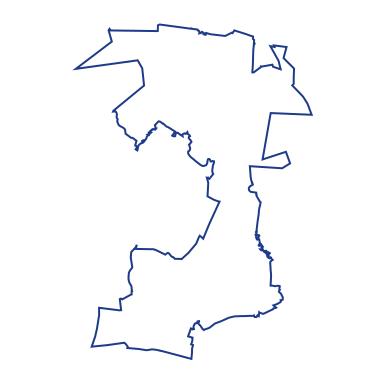 outline of Puente de Ixtla, Morelos, Mexico, rotated 181°
{"feature_id": "50627088B15428140679131", "entity_name": "Puente de Ixtla", "entity_type": "district", "adm_level": 2, "iso_a3": "MEX", "parent_name": "Mexico", "parent_adm1": "Morelos", "projection": "albers", "projection_center": [-99.286, 18.588], "detail": "fine", "context": "isolated", "style": "outline", "palette": "blue", "viewbox_px": 384, "rotation_deg": 181, "n_neighbors": 0, "source": "geoboundaries", "source_scale": "gbopen_adm2", "svg_char_len": 6007}
<svg xmlns="http://www.w3.org/2000/svg" viewBox="0 0 384 384"><g transform="rotate(181 192 192)"><path d="M277.3,353.7L278.2,352.2L274.8,341.0L310.3,313.1L248.6,322.7L243.9,314.8L241.8,297.6L271.9,272.0L272.3,271.0L269.9,271.3L268.8,269.7L268.4,268.1L268.7,266.2L268.5,264.7L267.6,263.6L268.0,261.4L266.7,258.1L265.5,256.9L261.5,254.8L260.2,253.5L259.9,252.4L259.4,249.1L253.8,245.1L252.3,245.1L248.4,242.2L249.6,237.5L248.5,237.1L248.2,236.6L248.0,235.7L248.5,234.5L249.1,233.7L247.4,232.6L247.2,233.0L246.6,236.9L245.8,238.2L244.5,239.4L242.3,240.3L242.9,242.0L242.2,242.6L241.6,242.8L241.7,241.1L241.6,240.9L241.0,241.3L238.6,244.7L238.3,246.1L237.4,247.7L237.3,248.3L237.5,248.5L237.0,248.6L237.0,248.3L236.4,247.9L236.1,248.0L235.7,248.8L235.9,248.8L236.0,249.1L236.1,250.2L236.3,250.3L236.3,250.7L235.6,250.8L235.0,250.5L234.8,250.1L234.6,250.2L233.9,250.8L235.2,251.5L234.4,252.7L233.3,253.0L233.3,253.6L232.5,254.1L232.4,254.0L231.5,254.2L231.2,253.9L230.8,254.1L230.0,253.7L229.4,254.2L228.9,255.0L229.8,255.1L229.8,256.3L229.7,256.6L230.3,258.1L229.9,258.3L229.3,259.3L226.6,262.1L224.7,261.6L222.8,260.0L222.2,259.7L222.0,259.9L218.6,257.0L216.6,256.2L209.9,252.1L212.8,248.0L212.6,247.8L211.1,247.5L209.9,247.0L209.9,246.7L209.5,249.7L208.4,250.8L207.6,251.0L207.1,250.9L205.1,249.3L202.4,247.7L202.8,249.2L200.6,250.5L199.3,250.0L197.7,251.8L197.2,250.0L195.2,248.4L195.0,247.8L195.7,247.6L196.0,247.2L196.2,245.8L195.2,244.6L194.5,244.0L193.4,242.2L193.5,241.9L194.5,240.7L194.8,240.6L194.9,240.1L195.8,239.3L194.8,236.4L194.6,235.2L195.0,233.8L195.9,232.7L196.4,232.6L196.6,231.6L196.6,231.1L196.2,229.8L194.5,227.5L192.0,225.4L191.3,225.0L189.5,223.4L184.6,219.7L183.6,219.0L181.4,218.1L178.4,219.0L177.8,220.0L177.3,221.0L177.1,223.0L176.7,224.6L176.3,225.3L175.4,225.3L174.5,224.5L173.9,222.9L172.9,222.8L172.1,223.3L170.6,223.1L170.5,221.7L171.5,219.1L172.1,214.2L172.0,212.3L171.1,210.3L174.9,205.4L176.5,206.3L176.5,206.6L176.8,206.5L177.4,206.6L175.9,201.5L176.4,187.9L169.7,184.5L166.0,183.2L164.3,182.9L174.4,159.8L180.0,145.5L181.7,147.1L183.5,148.4L184.4,146.8L186.9,140.4L194.6,131.0L201.3,124.7L201.9,124.9L208.1,124.9L208.9,125.9L209.9,126.6L210.6,126.7L212.2,128.0L212.9,129.0L214.0,130.2L215.0,130.7L216.1,130.2L217.6,128.9L227.2,133.4L229.6,134.1L247.4,134.1L246.2,138.3L247.4,135.6L251.7,130.9L252.1,125.3L250.4,115.9L250.7,114.9L252.3,113.0L253.7,110.2L254.0,105.3L253.9,103.6L253.5,101.7L252.7,99.6L251.1,97.1L250.8,96.1L250.7,94.2L250.1,92.0L250.6,91.9L250.6,88.5L251.2,88.4L259.9,83.4L260.6,84.0L261.1,84.2L262.2,83.8L262.3,83.4L260.8,72.6L262.3,72.4L282.9,74.6L282.7,67.3L284.6,53.9L286.3,45.8L289.6,35.6L274.2,37.4L257.0,40.1L255.5,38.8L253.5,36.1L253.9,34.9L242.5,34.1L234.6,33.0L229.1,34.0L226.0,33.7L221.6,33.0L221.1,32.6L220.0,32.6L216.2,31.7L189.7,25.1L189.2,31.3L189.2,35.4L188.3,39.0L190.2,39.7L189.3,42.2L188.9,45.1L189.2,45.5L189.0,46.4L193.4,47.6L190.7,55.6L190.1,55.4L190.1,55.1L189.1,54.6L188.6,55.0L187.7,55.0L188.2,57.0L187.8,58.6L187.4,58.9L187.1,60.2L186.7,60.5L185.5,60.9L184.3,62.2L184.2,62.7L182.7,63.0L182.6,62.4L183.3,61.8L183.8,60.9L181.2,58.4L179.0,55.2L177.7,54.2L177.4,54.6L173.2,56.1L172.0,56.7L166.6,61.0L161.6,62.9L152.8,67.0L147.7,68.3L146.7,68.4L140.7,68.8L137.8,68.8L132.1,69.2L127.9,69.2L127.8,69.4L127.2,68.1L125.4,68.1L124.4,69.8L123.1,69.0L122.7,72.9L122.3,72.5L118.6,71.4L108.8,76.3L108.6,77.0L107.7,77.2L107.3,77.5L106.1,77.6L105.8,77.8L107.5,79.1L108.6,80.1L105.3,81.3L101.5,83.5L101.2,84.0L101.2,84.6L101.5,85.4L99.4,85.9L99.4,88.3L100.8,90.9L101.0,91.6L103.4,93.8L103.0,95.0L102.4,95.8L103.0,96.5L102.8,98.7L102.6,98.8L102.8,99.6L105.8,99.7L107.2,99.2L110.0,99.8L111.8,99.8L111.5,107.6L111.5,110.9L112.0,115.2L112.6,123.2L111.4,124.8L110.2,125.5L111.4,126.7L111.7,127.3L111.9,127.9L112.4,128.1L113.4,127.1L115.1,128.1L115.6,128.9L115.8,130.0L115.4,130.0L114.5,129.7L114.6,130.1L114.1,130.4L114.2,131.1L113.6,131.9L113.1,132.1L113.2,132.4L115.4,133.4L115.5,133.0L115.1,132.8L114.9,131.2L115.8,131.0L116.5,131.4L116.9,132.3L117.8,132.8L117.6,133.2L116.6,133.4L116.9,134.5L117.6,134.5L118.6,133.4L118.9,133.5L119.1,134.4L119.6,134.6L121.6,134.9L122.6,135.5L122.8,135.8L120.8,135.6L120.4,135.6L120.2,136.0L121.5,137.3L121.6,137.7L121.6,138.1L120.8,138.4L120.3,138.2L120.1,138.4L121.2,139.6L121.8,140.8L122.3,140.5L122.4,140.0L122.6,140.1L123.8,139.3L124.0,139.3L124.4,139.8L124.0,140.4L123.9,140.8L123.1,140.8L123.0,141.0L123.0,142.0L123.3,142.3L123.6,143.5L123.8,145.3L124.5,146.5L125.9,145.5L126.3,145.7L126.9,147.2L126.5,147.1L126.1,147.7L125.5,147.7L124.9,148.1L123.9,149.3L124.3,150.0L124.8,150.1L125.8,150.1L126.4,149.9L127.0,149.5L127.5,149.6L127.6,149.8L127.7,150.2L127.1,150.7L126.7,152.1L127.3,152.4L126.8,153.3L127.1,153.6L126.5,154.2L126.8,154.8L125.9,163.6L124.9,171.3L124.8,174.4L124.3,177.6L123.6,180.2L123.4,182.5L123.2,182.8L124.3,184.1L127.2,188.9L127.4,190.4L127.7,190.4L127.8,192.5L133.3,193.2L134.3,194.0L134.9,194.7L135.3,196.5L135.1,197.3L134.7,198.0L133.5,199.1L131.3,200.4L131.6,201.3L132.2,202.1L131.9,202.3L132.9,204.5L133.6,207.8L134.6,218.8L102.3,217.3L94.4,222.3L98.8,233.8L122.0,225.8L114.7,272.3L73.7,271.3L78.1,282.4L82.7,289.4L93.6,300.3L92.2,301.9L92.3,308.2L92.1,317.2L102.8,327.5L100.0,338.6L112.7,340.0L112.1,338.5L116.2,339.2L107.8,324.8L105.5,316.2L113.2,318.7L113.8,320.7L124.1,318.7L125.3,318.8L125.3,318.1L132.5,312.6L133.8,312.7L133.4,319.3L133.2,334.9L132.7,340.6L132.3,340.6L132.0,341.5L132.7,341.7L132.5,345.0L133.7,346.1L133.7,348.5L139.1,350.2L139.7,350.5L152.5,354.3L154.2,351.6L154.9,352.0L161.6,348.6L176.6,350.1L180.7,351.3L181.1,350.8L180.9,350.5L181.2,350.4L181.0,349.6L181.1,349.4L182.1,349.6L182.0,349.9L183.3,350.3L182.8,351.0L183.0,351.2L184.0,351.7L184.2,352.0L185.0,352.3L186.0,351.0L186.5,351.3L186.6,351.1L187.1,351.1L187.5,350.9L187.4,351.6L187.6,352.7L187.8,353.0L187.9,353.3L188.9,353.6L188.8,353.9L189.5,354.6L193.8,355.0L195.4,355.5L195.5,355.2L227.2,358.9L228.9,358.1L229.1,352.3L276.1,352.1L277.3,353.7Z" fill="none" stroke="#1e3a8a" stroke-width="2"/></g></svg>